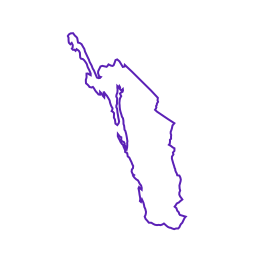 Pereiro, Ceará, Brazil (Natural Earth projection), rotated 322°
{"feature_id": "56859067B91951867659081", "entity_name": "Pereiro", "entity_type": "district", "adm_level": 2, "iso_a3": "BRA", "parent_name": "Brazil", "parent_adm1": "Ceará", "projection": "natural_earth1", "projection_center": [-38.498, -6.006], "detail": "fine", "context": "isolated", "style": "outline", "palette": "violet", "viewbox_px": 256, "rotation_deg": 322, "n_neighbors": 0, "source": "geoboundaries", "source_scale": "gbopen_adm2", "svg_char_len": 4079}
<svg xmlns="http://www.w3.org/2000/svg" viewBox="0 0 256 256"><g transform="rotate(322 128 128)"><path d="M164.3,76.3L163.1,77.4L161.5,76.7L162.3,70.2L161.7,67.3L160.0,66.8L157.7,68.3L155.3,69.7L154.1,69.6L153.0,68.4L152.4,67.1L151.8,65.9L150.0,66.5L148.8,66.6L146.0,63.2L144.2,62.6L142.8,63.3L141.5,63.9L139.5,64.9L138.2,66.3L137.0,69.6L138.0,71.1L136.7,71.3L135.5,70.6L134.6,69.1L135.0,67.6L136.0,63.8L136.6,61.6L136.8,59.5L137.8,56.3L138.5,52.1L139.2,50.3L139.5,48.8L141.2,41.3L142.3,38.7L142.5,36.7L143.0,33.3L142.3,31.3L141.2,29.9L143.3,26.0L143.4,24.6L143.0,22.3L143.1,19.5L141.0,18.1L139.0,17.9L137.2,18.5L136.7,20.3L135.9,21.3L134.8,22.8L133.9,24.4L134.1,26.5L136.0,26.3L135.5,28.7L133.9,30.5L132.6,30.9L132.8,32.6L133.9,33.2L134.2,34.9L136.0,34.2L136.5,35.8L136.8,37.2L136.4,39.1L135.0,41.1L133.7,43.1L133.7,44.6L134.8,45.7L135.2,47.7L135.1,50.1L134.9,52.2L134.3,53.7L133.7,55.3L133.0,59.0L132.5,60.8L132.1,62.1L131.1,63.4L130.5,62.1L129.9,60.3L128.8,59.6L127.6,61.1L126.7,62.4L125.6,63.3L124.5,64.0L123.3,65.6L122.4,67.0L122.8,68.7L123.0,70.5L122.9,72.0L124.3,73.7L125.6,74.0L125.6,75.8L125.3,77.8L125.2,79.6L125.4,81.7L125.4,83.4L126.4,84.5L127.4,83.6L128.2,82.5L128.4,84.6L128.1,86.1L128.0,87.6L128.1,89.3L129.3,88.0L129.9,86.4L131.2,84.3L131.1,86.0L131.1,87.9L131.2,89.6L130.9,92.2L130.5,94.9L129.4,97.1L128.7,99.1L128.2,100.9L128.0,102.9L126.8,104.0L125.5,104.6L126.1,106.2L126.1,107.7L124.8,109.3L123.3,111.1L122.9,113.3L121.9,115.0L120.8,116.8L121.4,119.1L123.5,118.5L125.0,117.4L126.0,115.4L127.0,113.4L127.9,111.9L129.3,109.2L130.3,107.7L131.3,106.0L131.6,104.4L132.7,103.1L134.2,102.2L135.7,100.2L137.7,98.1L138.1,96.0L139.2,94.9L140.3,94.2L141.6,93.4L143.6,91.1L144.3,89.8L145.4,88.4L145.6,90.3L147.0,89.6L146.8,91.1L145.6,92.2L145.8,94.3L147.9,94.1L147.2,95.3L146.0,96.1L144.3,95.8L142.8,95.9L142.3,98.7L140.4,99.5L139.0,100.5L136.6,103.0L135.4,104.9L134.4,106.3L133.1,108.4L132.2,110.3L131.4,112.4L130.8,114.0L130.2,115.3L130.0,117.3L128.9,119.4L127.8,120.9L126.9,122.1L126.4,123.7L125.3,125.5L124.2,127.2L124.1,128.7L123.1,131.1L122.0,133.3L121.1,135.0L120.2,136.6L119.3,138.2L118.2,139.2L116.9,141.0L115.4,142.7L113.7,144.1L113.7,142.7L114.8,140.7L114.9,139.2L115.8,138.2L116.1,136.3L115.2,135.2L115.2,133.4L117.0,131.2L116.3,129.7L116.3,128.2L116.3,126.5L114.9,128.2L114.4,130.1L114.1,132.0L113.5,134.6L113.4,137.0L113.7,138.4L113.0,139.9L112.5,142.0L112.0,143.8L111.0,145.1L111.9,147.3L111.2,148.6L110.3,150.2L110.8,152.1L110.2,154.7L109.7,157.1L109.0,159.3L108.7,161.1L107.2,162.7L105.5,163.1L104.0,164.6L103.3,167.2L103.8,168.8L102.6,168.8L102.5,171.2L102.9,173.6L103.6,175.5L103.3,177.3L102.9,179.0L102.9,181.4L101.9,183.7L100.8,185.0L100.3,182.9L100.3,181.4L99.1,182.0L98.0,184.3L97.1,185.9L96.2,187.4L94.7,190.3L93.8,191.7L92.4,192.9L92.7,194.3L95.0,192.9L94.6,194.6L94.1,196.5L93.1,198.8L92.3,200.2L91.8,202.4L90.6,205.1L89.7,206.1L88.3,207.3L86.6,208.1L85.9,210.5L86.1,213.0L86.1,215.4L88.1,217.1L88.9,219.3L89.7,220.9L91.1,222.4L92.5,223.2L93.9,224.6L95.7,225.2L97.5,225.4L97.8,226.9L98.1,228.7L98.5,230.4L99.3,232.0L100.2,232.9L100.9,234.3L102.1,236.1L104.1,236.8L105.7,238.1L107.5,237.8L108.9,237.0L110.5,236.3L112.4,236.1L114.0,235.3L115.6,234.5L117.3,233.7L118.9,233.4L115.4,228.5L115.5,227.1L116.1,225.8L115.9,223.4L116.8,221.0L116.3,218.7L118.5,218.1L119.9,217.5L122.4,218.0L123.9,217.8L126.8,217.8L126.9,216.1L126.9,214.1L127.4,212.1L128.7,210.5L130.6,209.4L131.4,207.5L133.1,205.0L136.8,202.2L137.9,201.1L138.8,199.1L139.2,197.1L137.7,195.6L138.4,193.9L138.7,192.1L139.2,190.5L139.9,189.4L140.2,187.9L140.8,186.7L141.8,183.9L143.7,179.2L145.0,177.6L147.5,176.8L148.3,175.0L150.5,174.6L152.1,172.6L151.3,170.8L150.8,168.6L149.9,166.4L151.2,166.1L152.7,164.6L153.8,163.1L155.3,163.0L156.5,161.4L157.7,160.1L158.3,158.5L159.3,157.3L160.8,156.4L162.4,155.3L164.6,153.4L167.5,152.8L165.0,145.6L163.3,140.4L160.9,132.9L160.5,130.3L161.8,129.9L163.0,129.3L163.6,128.0L164.8,127.6L165.9,126.5L167.8,125.9L168.3,124.4L170.1,122.6L169.2,112.5L168.0,103.3L167.2,97.1L165.8,86.0L164.3,76.3Z" fill="none" stroke="#5b21b6" stroke-width="2"/></g></svg>